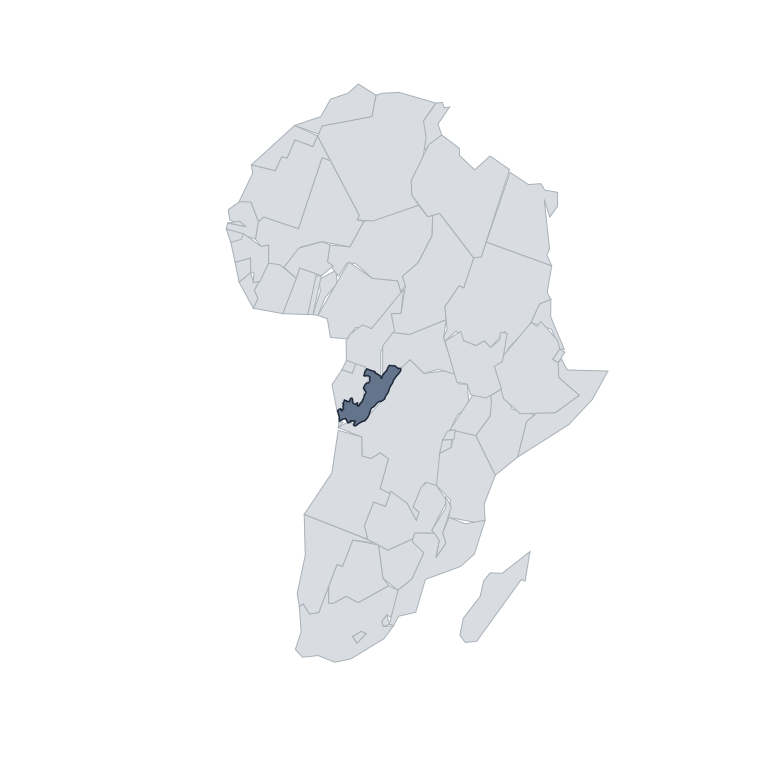 Republic of the Congo highlighted on a map of Africa, rotated 20°
{"feature_id": "COG", "entity_name": "Republic of the Congo", "entity_type": "country or territory", "adm_level": 0, "iso_a3": "COG", "parent_name": "Africa", "parent_adm1": "", "projection": "equal_earth", "projection_center": [14.374, -0.658], "detail": "fine", "context": "in_parent", "style": "filled", "palette": "slate", "viewbox_px": 768, "rotation_deg": 20, "n_neighbors": 49, "source": "natural_earth", "source_scale": "50m", "svg_char_len": 13913}
<svg xmlns="http://www.w3.org/2000/svg" viewBox="0 0 768 768"><g transform="rotate(20 384 384)"><path d="M487.9,401.1L519.8,431.6L519.2,462.6L525.6,477.5L520.7,482.2L490.7,487.2L486.1,470.2L468.1,461.4L461.6,446.6L460.0,430.1L468.6,420.8L466.7,402.6L487.9,401.1Z" fill="#d9dde1" stroke="#a8b0b8" stroke-width="1"/><path d="M236.8,173.7L236.0,185.4L217.0,185.0L215.8,204.9L210.2,205.6L208.9,220.9L184.4,223.5L211.6,171.6L236.8,173.7Z" fill="#d9dde1" stroke="#a8b0b8" stroke-width="1"/><path d="M460.0,430.1L468.1,461.4L456.0,462.9L453.4,489.5L460.8,492.6L461.1,501.3L446.2,488.0L416.1,483.7L413.7,452.9L403.9,450.1L397.3,458.6L388.0,459.2L381.1,441.4L356.0,440.6L364.6,430.1L370.5,434.0L379.2,422.2L389.1,396.8L394.5,358.9L400.1,352.2L418.0,360.4L437.6,350.3L448.1,350.5L454.5,358.3L462.3,355.7L471.3,375.3L463.4,388.4L460.0,430.1Z" fill="#d9dde1" stroke="#a8b0b8" stroke-width="1"/><path d="M534.5,407.1L530.8,370.5L537.6,358.7L554.7,352.4L571.3,327.9L546.1,318.3L539.0,307.1L542.3,299.9L551.5,308.1L590.0,295.3L585.0,327.3L571.6,358.8L534.5,407.1Z" fill="#d9dde1" stroke="#a8b0b8" stroke-width="1"/><path d="M519.8,431.6L487.9,401.1L494.7,377.7L488.3,358.6L496.1,348.3L513.3,363.9L536.0,361.3L530.8,370.5L534.5,407.1L519.8,431.6Z" fill="#d9dde1" stroke="#a8b0b8" stroke-width="1"/><path d="M430.9,326.1L426.2,322.5L424.1,320.2L424.6,311.0L414.7,290.7L420.9,265.8L426.0,266.4L425.1,231.4L431.9,231.4L431.5,215.6L501.1,215.6L506.1,242.4L511.8,247.3L502.9,255.6L500.5,282.9L489.0,306.6L487.6,322.4L479.6,293.5L471.7,313.2L463.4,309.3L457.3,316.6L443.9,316.0L433.7,309.5L426.7,322.9L430.9,326.1Z" fill="#d9dde1" stroke="#a8b0b8" stroke-width="1"/><path d="M425.1,234.7L426.0,266.4L420.9,265.8L414.7,290.7L420.4,302.4L391.0,328.9L374.7,332.7L366.7,315.4L375.8,311.9L370.6,284.8L364.3,276.4L374.5,258.3L378.3,228.4L372.0,208.9L377.9,204.6L425.1,234.7Z" fill="#d9dde1" stroke="#a8b0b8" stroke-width="1"/><path d="M380.5,622.0L383.3,618.2L392.6,625.6L400.8,621.1L401.3,592.6L406.8,608.6L410.9,607.8L421.0,596.5L434.6,598.2L457.5,571.7L467.7,573.0L471.3,589.5L470.2,601.0L465.7,600.1L463.2,607.9L466.4,612.1L475.6,607.9L471.1,623.3L446.9,653.6L432.8,662.3L415.0,661.7L400.9,668.6L391.5,663.8L390.9,645.3L380.5,622.0ZM452.6,624.9L447.5,624.1L441.0,631.9L447.1,636.9L452.6,624.9Z" fill="#d9dde1" stroke="#a8b0b8" stroke-width="1"/><path d="M452.6,624.9L447.1,636.9L441.0,631.9L447.5,624.1L452.6,624.9Z" fill="#d9dde1" stroke="#a8b0b8" stroke-width="1"/><path d="M467.7,573.0L449.4,566.9L433.9,537.2L444.4,538.8L464.1,519.4L479.2,529.0L477.0,557.6L467.7,573.0Z" fill="#d9dde1" stroke="#a8b0b8" stroke-width="1"/><path d="M457.5,571.7L434.6,598.2L421.0,596.5L410.9,607.8L406.8,608.6L401.3,592.6L401.6,569.8L407.4,569.5L408.0,541.3L433.9,537.2L449.4,566.9L457.5,571.7Z" fill="#d9dde1" stroke="#a8b0b8" stroke-width="1"/><path d="M401.6,569.8L400.8,621.1L392.6,625.6L383.3,618.2L380.5,622.0L374.1,610.6L368.6,571.9L353.6,533.8L432.8,536.0L408.0,541.3L407.4,569.5L401.6,569.8Z" fill="#d9dde1" stroke="#a8b0b8" stroke-width="1"/><path d="M183.0,282.6L178.0,273.5L187.7,259.6L196.9,258.5L210.5,274.4L213.8,291.9L182.8,292.4L182.0,286.2L200.1,283.3L183.0,282.6Z" fill="#d9dde1" stroke="#a8b0b8" stroke-width="1"/><path d="M213.8,291.9L210.5,274.4L213.8,268.2L250.4,267.3L248.4,192.5L257.3,192.4L303.0,233.8L302.9,238.9L309.5,238.1L305.2,266.8L277.0,271.5L259.1,283.6L250.1,308.7L234.2,310.0L228.1,293.0L221.7,296.8L213.8,291.9Z" fill="#d9dde1" stroke="#a8b0b8" stroke-width="1"/><path d="M184.4,223.5L208.9,220.9L210.2,205.6L215.8,204.9L217.0,185.0L236.0,185.4L236.8,173.7L257.3,192.4L248.4,192.5L250.4,267.3L213.8,268.2L210.5,274.4L196.9,258.5L185.5,262.2L188.5,230.7L184.4,223.5Z" fill="#d9dde1" stroke="#a8b0b8" stroke-width="1"/><path d="M298.5,342.2L293.5,343.1L292.5,318.8L287.3,307.9L300.0,293.6L305.6,305.7L298.9,323.8L298.5,342.2Z" fill="#d9dde1" stroke="#a8b0b8" stroke-width="1"/><path d="M372.0,208.9L378.3,228.4L374.5,258.3L364.3,276.4L370.6,284.8L368.1,291.6L361.5,282.6L337.1,288.8L315.8,280.4L307.7,283.1L304.5,298.3L289.1,288.6L285.6,271.9L305.2,266.8L309.5,238.1L355.4,204.1L367.9,211.8L372.0,208.9Z" fill="#d9dde1" stroke="#a8b0b8" stroke-width="1"/><path d="M298.5,342.2L309.3,281.4L337.1,288.8L361.5,282.6L370.5,294.8L353.3,336.3L338.1,340.6L333.6,354.3L317.8,358.5L308.4,342.1L298.5,342.2Z" fill="#d9dde1" stroke="#a8b0b8" stroke-width="1"/><path d="M370.0,288.6L375.8,311.9L366.7,315.4L375.7,330.5L369.9,354.6L378.8,379.2L340.6,374.6L333.6,356.5L335.2,348.5L343.5,335.8L353.3,336.3L370.0,288.6Z" fill="#d9dde1" stroke="#a8b0b8" stroke-width="1"/><path d="M288.1,303.6L293.5,343.1L288.6,344.8L282.4,306.0L288.1,303.6Z" fill="#d9dde1" stroke="#a8b0b8" stroke-width="1"/><path d="M282.9,303.4L288.6,344.8L264.8,352.5L265.0,303.9L282.9,303.4Z" fill="#d9dde1" stroke="#a8b0b8" stroke-width="1"/><path d="M234.2,310.0L245.3,307.5L265.5,314.6L264.8,352.5L235.3,357.6L236.3,346.7L230.1,340.5L234.2,310.0Z" fill="#d9dde1" stroke="#a8b0b8" stroke-width="1"/><path d="M200.7,290.8L221.7,296.8L228.1,293.0L234.2,310.0L232.3,330.5L226.6,333.6L223.5,323.6L218.9,325.1L215.6,311.3L202.5,320.6L191.6,303.3L200.7,290.8Z" fill="#d9dde1" stroke="#a8b0b8" stroke-width="1"/><path d="M182.8,292.4L200.7,290.8L200.2,297.0L191.6,303.3L182.8,292.4Z" fill="#d9dde1" stroke="#a8b0b8" stroke-width="1"/><path d="M231.3,330.5L230.1,340.5L236.3,346.7L235.3,357.6L213.0,337.9L220.6,324.7L226.6,333.6L231.3,330.5Z" fill="#d9dde1" stroke="#a8b0b8" stroke-width="1"/><path d="M202.5,320.6L215.6,311.3L220.6,324.7L213.0,337.9L202.5,320.6Z" fill="#d9dde1" stroke="#a8b0b8" stroke-width="1"/><path d="M250.1,308.7L257.4,285.6L277.0,271.5L285.6,271.9L289.1,288.6L296.0,290.4L288.1,303.6L265.0,303.9L265.5,314.6L250.1,308.7Z" fill="#d9dde1" stroke="#a8b0b8" stroke-width="1"/><path d="M448.1,350.5L430.1,351.5L418.0,360.4L400.1,352.2L394.0,364.6L386.0,362.8L379.2,374.8L369.8,348.7L374.7,332.7L391.0,328.9L420.4,302.4L424.1,320.2L448.1,350.5Z" fill="#d9dde1" stroke="#a8b0b8" stroke-width="1"/><path d="M350.4,374.8L360.6,374.3L362.6,382.6L368.7,383.5L366.0,393.0L369.6,404.2L366.9,413.5L358.3,409.3L351.7,415.9L354.0,421.3L349.4,425.9L335.4,402.4L339.6,385.0L350.5,384.7L350.4,374.8Z" fill="#d9dde1" stroke="#a8b0b8" stroke-width="1"/><path d="M340.6,374.6L350.4,374.8L350.5,384.7L339.6,385.0L340.6,374.6Z" fill="#d9dde1" stroke="#a8b0b8" stroke-width="1"/><path d="M468.1,461.4L483.0,472.3L479.0,505.0L482.1,507.0L463.7,513.7L464.1,519.4L444.4,538.8L421.8,535.5L414.0,524.0L414.6,498.4L427.1,498.5L426.7,482.4L446.2,488.0L461.1,501.3L460.8,492.6L453.4,489.5L454.2,468.1L457.6,462.0L468.1,461.4Z" fill="#d9dde1" stroke="#a8b0b8" stroke-width="1"/><path d="M480.2,468.7L489.2,476.2L490.2,503.9L496.7,512.2L492.2,529.8L489.4,512.2L479.0,505.0L484.4,479.2L480.2,468.7Z" fill="#d9dde1" stroke="#a8b0b8" stroke-width="1"/><path d="M490.7,487.2L508.2,487.6L525.6,477.5L527.1,512.8L518.5,529.1L489.7,553.5L491.9,587.6L477.2,597.2L475.6,607.9L471.2,607.8L467.7,573.0L477.0,557.6L479.2,529.0L464.4,522.4L463.7,513.7L482.1,507.0L489.4,512.2L492.2,529.8L496.7,512.2L490.2,503.9L490.7,487.2Z" fill="#d9dde1" stroke="#a8b0b8" stroke-width="1"/><path d="M471.2,607.8L466.4,612.1L463.2,607.9L465.7,600.1L471.2,607.8Z" fill="#d9dde1" stroke="#a8b0b8" stroke-width="1"/><path d="M354.3,434.5L358.7,434.1L356.0,440.6L354.3,434.5ZM356.8,443.2L381.1,441.4L388.0,459.2L397.3,458.6L403.9,450.1L413.7,452.9L416.1,483.7L427.3,485.0L427.1,498.5L414.6,498.4L414.0,524.0L421.8,535.5L353.6,533.8L365.4,485.4L356.8,443.2Z" fill="#d9dde1" stroke="#a8b0b8" stroke-width="1"/><path d="M467.0,413.1L468.6,420.8L460.0,430.1L458.2,416.5L467.0,413.1Z" fill="#d9dde1" stroke="#a8b0b8" stroke-width="1"/><path d="M578.5,491.5L584.0,521.0L579.8,521.0L559.1,594.0L548.8,599.1L541.3,594.3L538.6,577.1L547.0,550.7L545.0,534.6L548.4,525.1L559.7,521.6L578.5,491.5Z" fill="#d9dde1" stroke="#a8b0b8" stroke-width="1"/><path d="M182.0,286.2L192.9,280.4L200.1,283.3L182.0,286.2Z" fill="#d9dde1" stroke="#a8b0b8" stroke-width="1"/><path d="M341.5,151.5L331.1,123.2L336.6,102.3L342.6,99.4L346.2,103.9L350.9,101.2L345.8,121.4L353.1,130.3L341.5,151.5Z" fill="#d9dde1" stroke="#a8b0b8" stroke-width="1"/><path d="M236.8,173.7L237.6,162.6L281.1,136.8L277.7,115.3L283.2,111.3L298.4,104.8L336.6,102.3L331.1,123.2L339.3,138.0L343.2,158.2L340.1,183.7L345.6,197.0L355.4,204.1L317.9,234.6L302.9,238.9L303.0,233.8L236.8,173.7Z" fill="#d9dde1" stroke="#a8b0b8" stroke-width="1"/><path d="M501.2,276.0L502.9,255.6L511.8,247.3L517.7,263.9L541.6,289.8L537.2,291.1L522.7,275.2L501.2,276.0Z" fill="#d9dde1" stroke="#a8b0b8" stroke-width="1"/><path d="M211.6,171.6L233.2,154.3L236.4,134.5L250.7,123.1L257.2,110.9L277.7,115.3L281.1,136.8L237.6,162.6L237.0,171.6L211.6,171.6Z" fill="#d9dde1" stroke="#a8b0b8" stroke-width="1"/><path d="M501.1,215.6L431.5,215.6L430.1,142.0L451.5,147.2L462.9,142.1L468.7,146.8L481.6,144.6L486.3,157.6L482.7,170.4L471.3,155.6L493.4,200.5L492.8,207.0L501.1,215.6Z" fill="#d9dde1" stroke="#a8b0b8" stroke-width="1"/><path d="M428.6,139.5L431.9,231.4L425.1,234.7L377.9,204.6L367.9,211.8L345.6,197.0L340.1,183.7L344.3,143.4L353.1,130.3L374.2,136.8L376.8,143.4L396.0,151.8L405.6,133.5L428.6,139.5Z" fill="#d9dde1" stroke="#a8b0b8" stroke-width="1"/><path d="M571.3,327.9L554.7,352.4L522.1,365.3L501.4,356.9L481.6,329.7L501.2,276.0L508.2,277.6L509.9,271.6L532.4,283.8L537.2,291.1L534.1,303.2L540.3,304.2L546.1,318.3L571.3,327.9Z" fill="#d9dde1" stroke="#a8b0b8" stroke-width="1"/><path d="M537.2,291.1L543.1,292.3L540.3,304.2L534.1,303.2L537.2,291.1Z" fill="#d9dde1" stroke="#a8b0b8" stroke-width="1"/><path d="M487.9,401.1L461.6,404.3L471.6,362.4L488.3,358.6L491.2,364.2L494.7,377.7L487.9,401.1Z" fill="#d9dde1" stroke="#a8b0b8" stroke-width="1"/><path d="M466.7,402.6L468.7,412.0L458.2,416.5L459.8,406.6L466.7,402.6Z" fill="#d9dde1" stroke="#a8b0b8" stroke-width="1"/><path d="M469.1,364.6L462.3,355.7L451.8,357.3L426.7,322.9L438.0,308.4L443.9,316.0L457.3,316.6L463.4,309.3L471.7,313.2L477.8,302.9L475.6,295.7L482.4,294.1L487.6,322.4L481.6,329.7L496.1,348.3L484.6,362.3L469.1,364.6Z" fill="#d9dde1" stroke="#a8b0b8" stroke-width="1"/><path d="M349.6,425.3L349.9,424.1L350.2,423.5L350.5,423.1L351.8,422.1L352.0,422.1L352.9,423.4L353.2,423.5L353.6,423.5L353.9,423.5L354.1,423.3L354.1,423.0L353.9,422.6L353.8,422.2L354.0,421.8L354.1,421.3L354.4,420.7L354.1,420.2L353.5,419.7L353.1,419.3L353.0,418.9L353.1,418.4L353.4,417.9L353.4,417.7L353.1,417.3L352.9,416.9L352.7,416.7L352.0,416.5L352.2,416.0L352.4,415.2L352.4,414.5L352.3,412.9L352.3,412.6L352.8,412.7L353.2,412.9L354.2,412.6L354.5,412.5L354.8,412.8L355.2,413.1L357.6,412.4L357.6,411.7L357.7,411.1L357.7,410.6L357.6,410.3L357.5,410.1L357.5,409.6L357.5,409.1L357.7,408.9L358.4,408.3L358.7,408.3L359.2,408.6L359.7,409.1L360.1,410.2L360.4,411.1L360.9,412.2L361.9,412.7L363.1,413.0L363.7,412.9L364.7,412.0L365.2,411.2L365.4,410.8L365.7,411.0L366.0,412.0L366.2,412.4L366.3,412.7L366.1,413.2L366.3,413.5L366.9,413.7L367.5,413.5L367.8,413.1L368.2,412.6L368.2,412.1L368.0,411.8L368.0,411.5L368.2,411.1L368.4,410.3L368.5,409.7L368.7,409.3L369.2,409.0L369.3,408.8L369.6,407.3L369.4,406.8L369.4,406.3L369.7,405.8L369.7,404.9L369.6,403.4L369.6,402.3L369.5,401.3L369.7,399.8L369.9,398.4L369.9,398.0L369.6,397.6L369.2,397.1L368.2,396.8L367.9,396.3L367.6,395.7L367.4,395.5L366.4,395.3L366.1,395.0L366.2,394.1L366.3,392.7L366.3,391.8L366.5,391.0L366.7,390.4L367.1,389.8L367.4,389.1L367.5,388.9L368.4,388.8L368.7,388.5L369.0,388.2L369.1,387.8L369.4,387.1L369.6,386.7L369.6,386.4L369.6,385.9L369.3,385.1L369.0,384.4L368.8,384.1L368.4,382.5L368.1,382.1L367.4,381.9L366.1,381.7L365.3,382.0L364.1,382.6L363.2,382.9L362.6,383.2L362.2,383.1L362.1,382.8L362.3,382.6L362.4,382.1L362.3,381.4L362.0,380.8L361.9,379.8L362.0,378.7L362.2,377.6L362.7,376.2L362.7,375.6L364.2,375.6L365.6,375.7L367.2,375.7L368.7,375.6L369.9,375.7L370.5,375.3L371.0,375.9L371.3,376.0L371.4,375.9L371.6,376.3L372.3,376.3L372.5,376.8L373.1,376.8L373.4,376.9L373.7,376.9L374.0,376.7L374.3,376.7L374.8,377.1L375.1,377.4L375.6,377.3L376.7,377.4L377.6,377.6L378.4,378.5L379.0,378.9L379.5,379.6L379.9,379.3L380.0,379.2L379.9,378.6L379.7,377.6L379.5,376.8L379.6,376.1L379.8,375.6L380.2,375.3L380.2,374.8L380.2,374.7L380.7,373.6L381.1,372.5L381.6,371.2L382.0,370.1L381.9,369.6L382.0,368.8L382.0,367.9L382.0,367.4L382.1,367.1L382.4,365.8L382.6,365.0L382.8,364.6L383.2,364.4L383.8,364.4L385.2,364.2L386.6,363.9L387.0,363.7L387.8,363.2L388.2,363.2L388.4,363.4L390.1,364.0L390.5,364.2L390.9,364.3L391.3,364.3L391.7,364.2L391.9,364.3L392.2,364.7L392.4,364.6L392.7,364.3L393.2,364.0L394.1,363.7L394.3,363.8L394.6,364.6L395.0,364.9L395.0,366.3L394.6,368.1L394.2,369.4L393.3,371.6L392.6,373.6L391.7,376.8L391.7,379.2L391.6,380.8L391.3,381.7L390.7,384.2L390.6,386.3L390.8,388.9L390.6,391.4L389.9,393.7L389.6,395.6L389.8,397.8L388.5,399.7L386.9,401.5L385.9,402.0L385.0,402.6L384.5,403.3L384.3,403.7L383.9,404.6L382.9,407.2L382.4,408.4L381.8,409.4L380.8,410.6L380.4,411.1L380.3,412.0L380.4,413.5L380.4,418.1L380.3,419.4L380.0,421.6L379.1,424.1L378.3,425.5L377.6,425.9L376.7,426.3L376.2,426.7L376.0,427.4L375.4,428.0L374.7,428.5L373.7,429.8L372.5,431.8L371.7,432.9L371.3,433.2L370.8,433.3L370.4,433.0L370.0,433.0L369.8,433.1L369.7,433.0L369.5,432.8L369.5,432.4L369.4,431.6L369.2,430.8L369.5,430.2L369.7,429.7L369.4,429.0L369.2,428.5L368.9,428.5L368.4,429.0L367.8,429.3L367.3,429.4L366.9,429.8L366.6,430.0L366.3,430.0L366.1,429.8L365.6,429.6L365.4,429.6L365.2,430.5L365.2,431.1L365.1,431.7L364.9,431.9L364.3,432.2L363.8,432.6L363.4,432.9L363.2,432.8L362.7,432.3L362.3,431.8L362.0,431.4L361.8,431.1L361.7,431.0L361.5,430.9L361.4,431.2L361.2,431.1L360.7,430.5L360.2,429.7L359.7,429.5L359.2,429.9L358.7,430.4L357.9,430.8L357.2,431.1L357.1,431.4L357.0,431.9L356.7,432.3L356.1,432.4L355.9,432.9L355.3,433.8L355.0,434.2L354.9,434.1L354.7,433.8L354.2,433.1L353.8,432.2L353.7,431.8L353.5,431.6L353.5,430.7L352.8,429.6L351.2,427.7L351.0,427.1L349.6,425.3Z" fill="#64748b" stroke="#1e293b" stroke-width="1.5"/></g></svg>